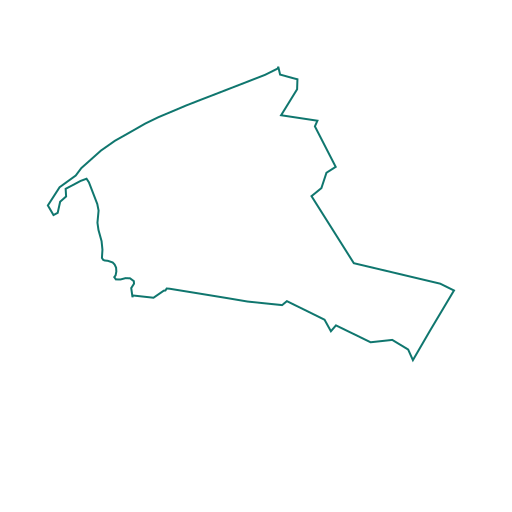 Monmouth, New Jersey, United States of America (Mercator projection), rotated 235°
{"feature_id": "52423323B66186032617491", "entity_name": "Monmouth", "entity_type": "district", "adm_level": 2, "iso_a3": "USA", "parent_name": "United States of America", "parent_adm1": "New Jersey", "projection": "mercator", "projection_center": [-74.184, 40.279], "detail": "fine", "context": "isolated", "style": "outline", "palette": "teal", "viewbox_px": 512, "rotation_deg": 235, "n_neighbors": 0, "source": "geoboundaries", "source_scale": "gbopen_adm2", "svg_char_len": 1134}
<svg xmlns="http://www.w3.org/2000/svg" viewBox="0 0 512 512"><g transform="rotate(235 256 256)"><path d="M95.3,356.3L114.2,398.4L127.7,391.0L194.0,332.0L273.2,335.8L274.1,348.5L283.8,361.5L283.3,372.4L328.4,378.6L331.6,383.9L356.9,357.3L369.0,385.3L377.0,391.3L380.6,388.2L390.8,379.8L398.3,382.8L397.1,381.4L399.2,367.3L414.2,306.2L415.7,300.2L419.3,285.4L425.7,255.6L428.0,241.3L429.5,225.0L431.3,206.6L431.3,189.6L428.2,163.3L425.3,154.5L425.0,134.6L416.8,114.5L405.7,113.6L405.1,118.3L412.8,126.7L413.7,134.6L420.2,138.6L418.1,155.4L416.5,161.5L412.2,161.4L389.6,155.8L383.5,153.1L374.2,145.2L367.7,141.9L356.7,138.0L349.2,133.8L342.8,128.7L340.5,128.6L339.2,129.4L337.0,131.9L332.9,134.9L330.1,135.3L326.7,134.7L323.4,132.7L320.7,129.9L320.0,127.8L317.2,127.8L314.5,131.5L312.7,136.4L310.0,140.0L305.5,141.5L303.3,140.2L301.3,135.4L293.1,131.2L294.3,132.5L280.6,148.1L280.5,160.6L279.7,162.0L280.6,164.2L278.8,166.4L257.1,188.7L237.3,209.0L223.5,223.0L200.8,249.2L201.3,255.4L164.5,275.6L151.4,274.2L153.3,281.7L119.6,300.4L109.1,319.5L92.1,327.0L80.7,324.8L95.3,356.3Z" fill="none" stroke="#0f766e" stroke-width="2"/></g></svg>